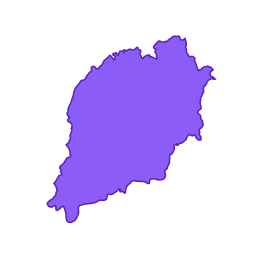 Tan Son, Phú Thọ, Vietnam (orthographic projection), rotated 256°
{"feature_id": "81297802B30557639912850", "entity_name": "Tan Son", "entity_type": "district", "adm_level": 2, "iso_a3": "VNM", "parent_name": "Vietnam", "parent_adm1": "Phú Thọ", "projection": "orthographic", "projection_center": [104.995, 21.19], "detail": "fine", "context": "isolated", "style": "filled", "palette": "violet", "viewbox_px": 256, "rotation_deg": 256, "n_neighbors": 0, "source": "geoboundaries", "source_scale": "gbopen_adm2", "svg_char_len": 5867}
<svg xmlns="http://www.w3.org/2000/svg" viewBox="0 0 256 256"><g transform="rotate(256 128 128)"><path d="M163.9,224.7L167.2,222.8L167.1,222.1L167.2,221.8L168.0,221.4L168.5,220.8L168.6,220.5L168.9,216.7L168.2,214.7L167.7,213.8L167.1,213.3L167.0,212.9L167.1,211.0L166.8,210.2L169.1,209.8L176.1,209.2L176.9,208.8L177.5,208.8L178.9,209.7L179.8,209.7L181.2,208.6L182.0,207.5L182.2,205.7L182.5,204.9L182.7,204.7L183.8,204.3L184.6,203.9L185.3,203.8L187.5,203.0L188.0,202.9L188.4,203.0L189.3,203.6L189.8,203.7L191.1,203.5L191.9,203.2L194.4,204.6L195.7,204.9L196.6,205.3L198.1,205.0L200.4,205.1L201.1,205.0L201.2,204.7L200.4,203.7L200.1,203.0L200.2,202.1L200.6,201.0L201.5,200.2L202.1,200.1L202.6,200.3L203.5,200.2L204.8,199.8L204.9,199.6L205.0,198.7L204.9,197.7L204.9,197.1L205.7,196.1L205.9,193.7L205.7,193.2L205.0,192.3L203.7,188.6L202.3,186.1L202.3,185.9L203.1,185.0L203.1,184.8L202.7,184.2L202.4,183.2L202.9,182.7L205.0,179.1L204.9,178.7L204.2,177.7L204.1,177.0L203.3,176.4L202.9,175.1L202.1,174.4L201.4,173.1L200.7,172.5L199.8,172.3L199.3,172.4L198.7,172.9L198.1,173.9L197.7,174.1L197.4,174.0L196.0,172.8L195.3,172.6L194.5,172.7L193.0,173.5L190.7,172.9L189.8,173.0L188.8,173.2L188.2,172.8L188.0,172.2L188.6,171.6L189.5,170.2L191.5,168.0L191.6,167.7L191.7,166.4L191.9,166.3L192.8,166.8L193.0,166.8L193.4,166.6L193.9,166.0L193.9,164.0L193.4,161.5L191.8,158.7L192.6,158.3L195.0,158.1L196.1,157.6L196.8,157.5L197.4,157.5L199.1,158.9L199.7,159.1L200.5,158.9L201.4,157.5L201.8,157.1L202.1,156.9L203.8,157.0L204.0,156.5L203.9,155.7L203.7,155.3L202.5,153.2L202.4,152.3L202.5,151.9L203.7,149.6L204.1,148.6L203.7,146.2L203.1,145.7L203.1,145.2L203.4,144.5L204.1,144.3L204.6,143.8L204.8,143.3L204.8,143.0L204.3,142.7L203.4,142.7L202.4,142.3L203.8,141.6L204.0,141.4L204.5,138.8L201.3,136.0L201.0,135.3L203.4,135.0L204.0,134.5L203.7,133.9L203.5,132.8L204.0,131.8L203.8,131.5L202.9,131.1L202.5,131.1L200.8,132.7L200.4,132.8L197.6,131.8L197.8,130.4L198.7,130.5L199.6,130.0L202.8,128.3L202.8,127.7L202.3,126.8L201.3,125.5L200.4,123.4L198.8,120.7L198.4,120.2L197.0,119.4L195.5,117.8L195.2,117.4L194.8,116.1L194.5,115.4L193.0,113.8L192.8,113.2L192.8,112.4L193.8,111.4L195.4,110.5L196.1,109.9L196.4,108.9L195.9,107.3L195.5,107.0L194.4,106.9L191.8,106.0L191.3,104.1L189.5,102.0L189.0,100.9L188.2,100.5L187.8,99.9L186.1,98.5L185.8,98.2L185.3,96.3L185.4,94.3L185.3,93.9L185.1,93.6L183.3,91.8L181.1,88.9L180.6,87.9L179.0,86.2L175.9,84.2L171.5,82.1L169.1,80.2L167.3,79.4L166.3,78.7L163.9,76.6L162.2,75.3L160.5,74.3L158.7,74.0L157.8,73.3L157.3,72.6L156.9,72.3L155.9,72.3L155.3,72.4L153.2,73.3L152.7,73.7L151.1,72.0L150.0,71.3L149.0,71.4L146.4,73.9L146.0,74.3L145.5,74.3L144.4,74.3L142.7,73.9L142.0,73.6L141.5,72.8L140.3,73.0L139.2,72.9L134.8,69.9L134.4,69.8L132.4,69.8L131.1,69.3L130.1,68.2L128.3,67.0L127.8,66.3L126.8,64.0L123.2,65.4L121.5,65.8L120.2,65.9L118.0,65.8L116.4,65.3L115.7,65.4L114.8,65.8L114.3,65.2L114.1,64.6L113.8,63.3L113.7,61.4L111.9,59.8L110.9,58.6L109.8,57.6L108.4,55.5L107.6,53.4L107.0,52.7L106.3,52.3L105.4,52.2L105.0,52.2L104.1,52.8L103.1,53.0L102.3,52.1L101.9,51.9L100.1,52.6L98.9,52.5L98.7,52.3L98.6,51.7L98.6,50.0L98.2,49.2L93.9,45.1L92.2,42.7L91.5,43.1L88.8,43.9L87.6,44.1L86.5,44.1L84.8,44.3L84.0,43.8L83.1,42.8L81.1,41.9L80.3,41.4L79.3,40.2L78.9,39.3L78.2,38.5L77.5,38.0L77.4,37.3L77.0,36.6L76.8,34.8L74.9,31.8L74.3,31.3L72.4,31.6L71.3,31.9L70.5,33.0L69.7,34.7L69.7,35.3L70.3,37.3L70.4,38.0L70.0,38.9L69.1,38.9L67.2,38.5L66.3,38.4L65.5,38.6L65.2,39.1L65.2,39.7L66.3,42.5L66.7,43.4L67.8,45.0L67.9,45.6L67.6,46.0L66.6,46.5L65.1,47.0L63.7,47.1L62.7,46.9L60.9,47.2L59.2,47.0L55.3,46.1L52.4,46.3L51.2,47.3L50.6,48.2L50.1,50.6L50.7,51.5L50.8,52.7L51.2,54.0L52.1,55.3L53.9,57.0L55.5,58.3L57.9,59.7L61.5,60.3L63.0,60.7L64.1,61.8L64.6,62.7L64.5,68.7L63.8,73.2L63.6,78.1L64.3,81.3L64.7,82.7L64.7,83.8L64.0,85.7L63.7,86.9L63.7,88.5L63.9,89.3L64.5,90.2L67.7,91.7L68.2,92.2L68.4,93.2L68.2,94.1L67.7,95.0L67.5,96.0L67.8,97.7L69.7,102.5L70.8,104.4L71.0,105.0L70.9,105.5L70.5,105.5L69.9,105.4L69.0,104.7L68.1,105.0L67.7,105.8L67.9,107.3L67.8,107.6L65.9,108.5L65.6,108.8L65.5,109.3L66.1,109.9L67.4,110.3L70.2,111.5L71.4,112.6L73.1,114.7L73.8,116.8L75.1,118.2L75.5,119.1L75.5,120.0L75.3,121.5L74.3,123.3L72.5,129.7L71.9,131.2L69.5,133.6L69.1,134.3L69.2,135.3L71.6,136.1L72.4,136.7L73.0,137.7L72.3,141.5L70.9,143.6L70.1,145.7L69.7,147.4L69.7,149.7L70.2,150.9L71.6,152.4L72.8,152.9L74.6,153.2L75.4,152.8L75.9,152.9L76.3,153.3L77.9,153.6L78.6,154.8L79.0,156.0L82.3,158.0L82.9,158.8L83.8,159.6L91.5,162.0L91.9,162.7L92.3,164.5L95.6,167.3L96.4,167.9L98.1,168.3L100.0,168.3L100.3,170.2L100.8,171.3L100.4,171.7L99.5,171.3L99.1,172.1L100.1,173.3L100.4,174.1L100.4,176.4L100.7,177.6L102.7,181.4L103.2,182.0L105.2,183.1L105.8,183.7L106.2,185.1L106.9,186.1L105.0,188.2L104.8,188.6L104.7,189.1L105.3,190.0L105.2,190.5L104.8,191.2L104.6,191.3L102.5,191.9L101.5,191.8L99.5,193.4L99.3,193.8L99.0,193.9L99.1,194.9L98.8,195.6L100.6,196.5L101.4,196.6L102.0,196.5L105.0,195.4L105.5,196.2L106.0,196.5L106.6,196.6L108.1,196.5L109.2,196.8L110.0,197.4L109.9,198.4L110.0,198.7L111.4,200.5L112.5,201.4L113.2,201.8L113.6,201.8L114.9,201.3L116.2,202.0L116.8,202.0L119.4,200.8L121.5,201.3L122.5,201.4L123.1,201.2L124.9,199.8L125.4,199.5L125.9,199.4L127.5,200.4L127.9,201.1L128.4,201.6L128.5,202.3L128.9,203.4L129.7,203.7L130.8,204.0L131.8,203.8L135.4,204.1L135.9,204.3L136.6,204.9L137.1,205.1L138.5,205.3L139.4,205.6L140.7,206.9L141.4,207.5L142.8,208.1L143.4,208.6L143.9,209.5L144.4,210.0L146.0,210.5L146.9,210.4L148.1,210.7L148.9,211.3L149.8,211.6L150.4,212.1L150.5,212.4L150.3,213.3L151.0,213.3L151.4,214.1L152.2,215.2L152.6,215.3L153.4,215.4L154.7,217.5L155.3,218.6L155.4,219.8L155.8,220.9L155.4,221.9L154.7,222.6L154.4,224.3L155.7,223.7L156.8,222.8L158.3,221.0L159.3,220.6L159.9,220.6L160.3,220.4L160.8,220.6L161.6,221.3L162.6,221.8L163.9,224.7Z" fill="#8b5cf6" stroke="#5b21b6" stroke-width="1.5"/></g></svg>